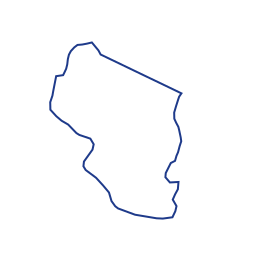 Ilha Grande, Piauí, Brazil (Mercator projection), rotated 317°
{"feature_id": "56859067B71807415879430", "entity_name": "Ilha Grande", "entity_type": "district", "adm_level": 2, "iso_a3": "BRA", "parent_name": "Brazil", "parent_adm1": "Piauí", "projection": "mercator", "projection_center": [-41.819, -2.833], "detail": "fine", "context": "isolated", "style": "outline", "palette": "blue", "viewbox_px": 256, "rotation_deg": 317, "n_neighbors": 0, "source": "geoboundaries", "source_scale": "gbopen_adm2", "svg_char_len": 918}
<svg xmlns="http://www.w3.org/2000/svg" viewBox="0 0 256 256"><g transform="rotate(317 128 128)"><path d="M99.6,223.6L105.9,221.1L110.2,218.2L111.9,210.9L117.3,208.6L122.7,206.8L128.1,201.9L121.5,196.4L121.8,189.5L124.9,186.7L135.4,182.8L140.0,184.1L144.5,181.4L148.0,179.9L153.4,176.5L157.9,174.0L160.2,170.7L164.0,164.4L165.6,161.5L166.8,157.0L168.2,152.8L172.3,148.2L177.9,144.9L183.4,141.8L186.7,140.0L190.7,139.1L158.1,55.6L159.3,51.1L159.9,40.8L155.5,38.3L151.4,35.7L147.7,32.8L143.7,32.4L138.6,32.8L134.8,34.1L131.0,36.6L127.0,40.0L123.2,42.5L120.0,43.8L116.6,45.1L110.8,41.1L97.7,50.6L94.8,52.8L88.7,56.1L83.7,61.7L83.6,70.5L84.4,77.4L86.6,84.7L86.7,90.2L86.8,96.5L87.7,99.9L93.2,110.1L91.8,116.5L87.3,119.6L72.9,122.5L69.3,125.6L68.4,129.9L70.7,142.6L70.6,152.8L70.1,162.2L66.1,170.2L65.3,176.5L65.9,180.1L74.0,196.2L87.3,213.5L91.7,218.0L99.6,223.6Z" fill="none" stroke="#1e3a8a" stroke-width="2"/></g></svg>